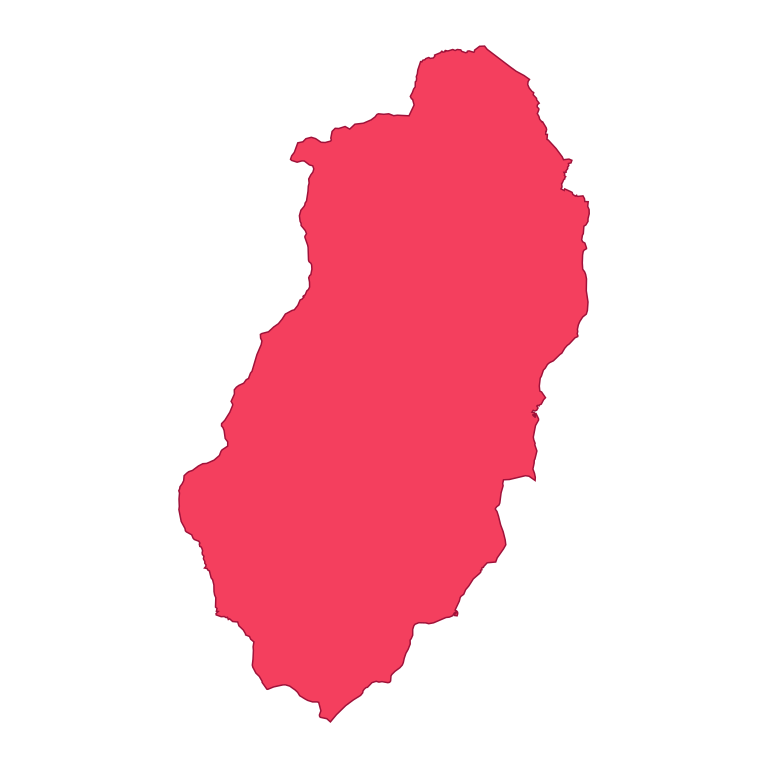 outline of Ieud, Maramures, Romania
{"feature_id": "2599482B19254849512468", "entity_name": "Ieud", "entity_type": "district", "adm_level": 2, "iso_a3": "ROU", "parent_name": "Romania", "parent_adm1": "Maramures", "projection": "orthographic", "projection_center": [24.211, 47.638], "detail": "fine", "context": "isolated", "style": "filled", "palette": "rose", "viewbox_px": 768, "rotation_deg": 0, "n_neighbors": 0, "source": "geoboundaries", "source_scale": "gbopen_adm2", "svg_char_len": 6077}
<svg xmlns="http://www.w3.org/2000/svg" viewBox="0 0 768 768"><path d="M330.4,721.9L336.5,714.6L345.7,705.6L353.5,699.8L360.6,695.4L362.7,692.8L363.0,690.9L364.3,689.1L366.0,687.6L367.5,687.3L372.0,682.6L376.2,681.3L378.9,682.1L382.0,681.6L387.9,682.7L389.6,682.3L390.6,681.0L391.0,675.9L391.9,674.4L395.0,671.3L399.9,667.7L402.3,665.0L403.3,662.6L404.2,658.4L405.9,653.3L408.2,649.2L410.2,644.0L410.1,640.1L411.2,638.7L412.7,635.2L412.7,629.4L413.9,625.6L415.1,624.2L418.8,622.7L425.9,622.9L428.7,623.7L433.6,622.8L446.0,617.5L449.4,617.1L452.7,615.7L454.3,613.0L455.8,612.2L456.2,612.8L454.7,614.3L454.6,615.5L457.1,615.8L457.7,613.8L457.6,612.2L456.6,610.9L455.3,610.5L455.3,609.6L459.3,601.1L460.2,597.5L461.0,596.3L463.7,594.3L465.7,589.6L468.7,586.1L473.3,578.9L479.8,573.2L480.9,571.8L480.6,570.3L481.9,569.8L481.8,568.3L482.3,567.5L483.4,567.4L483.9,566.3L487.2,562.8L495.7,562.0L497.2,557.9L503.5,548.9L505.8,544.8L505.2,539.9L503.2,531.8L500.6,524.8L498.5,516.2L497.0,511.5L495.4,509.3L495.4,508.5L496.7,506.7L498.9,505.1L499.8,503.0L501.1,492.8L503.1,485.8L502.7,483.6L503.5,479.8L509.4,479.5L525.4,475.7L529.0,476.2L535.1,480.5L535.3,477.3L534.5,473.4L532.9,469.0L534.1,463.3L534.3,460.1L534.9,459.2L536.9,451.0L534.8,444.8L535.1,443.3L533.8,439.9L533.3,437.1L535.5,425.6L538.6,420.0L538.5,418.7L536.0,413.5L535.4,413.6L535.4,417.1L535.1,417.2L533.0,415.4L532.9,414.7L533.3,414.5L534.6,415.0L534.8,413.8L534.5,412.8L531.9,412.2L533.2,410.3L534.8,411.0L536.7,410.2L538.0,408.0L536.8,406.1L537.4,405.4L539.1,405.8L539.1,405.1L541.3,404.1L543.6,399.7L545.5,397.7L541.6,392.0L539.8,391.0L539.3,386.0L540.2,378.2L541.4,376.1L543.4,370.1L545.3,368.1L547.4,364.5L549.5,362.7L553.4,360.8L560.0,354.4L561.8,353.2L564.7,348.3L567.2,345.4L569.3,343.9L575.0,337.8L577.7,336.6L577.9,335.9L577.2,333.7L577.7,331.7L577.4,329.3L578.4,324.7L579.9,321.3L582.7,317.0L586.3,314.1L587.4,310.5L588.0,302.0L586.3,290.8L586.5,278.9L585.6,274.3L584.6,271.8L582.7,269.2L582.3,262.9L582.6,255.0L583.2,251.6L584.0,250.2L586.5,248.7L586.5,248.0L584.9,243.1L582.6,241.7L581.7,239.8L582.4,235.3L583.3,233.7L583.9,226.2L585.9,224.9L588.0,221.4L588.0,218.7L589.2,213.8L589.1,209.6L587.7,206.4L588.2,201.7L584.8,201.5L584.5,198.7L583.0,195.9L577.8,196.4L576.9,196.2L576.6,195.3L575.4,196.1L572.9,194.5L572.1,192.4L570.4,191.5L564.7,188.9L564.2,190.5L561.0,188.9L562.0,187.0L561.6,183.5L562.2,183.1L563.8,179.4L564.7,179.0L564.9,177.4L565.7,176.7L564.4,175.4L564.8,173.9L563.9,172.3L566.1,172.2L566.1,170.7L567.7,168.7L567.6,167.1L568.8,165.6L568.4,163.5L571.0,162.9L571.9,160.3L569.0,159.1L563.5,159.7L562.2,156.8L556.1,148.6L548.3,140.1L547.0,139.4L547.4,134.4L545.7,134.4L545.8,131.5L546.2,131.5L546.6,129.5L546.2,127.8L542.6,121.8L542.1,122.1L539.7,119.3L538.9,116.3L537.3,113.7L538.9,109.6L538.8,108.6L537.2,107.0L537.2,105.7L537.6,104.5L539.2,103.2L536.7,100.0L536.5,98.3L533.2,94.8L533.7,92.6L531.9,91.4L529.2,88.0L527.7,84.5L528.1,81.5L529.5,79.4L524.0,75.5L516.2,71.3L509.9,66.7L487.2,49.4L484.6,46.1L479.6,46.3L474.6,50.1L474.4,51.7L473.8,52.3L469.1,50.9L467.4,51.2L467.0,52.4L465.5,52.7L461.6,51.3L460.8,49.9L457.3,49.5L455.1,50.5L452.8,49.5L447.9,51.0L445.3,50.5L445.0,50.8L445.4,51.5L443.0,52.2L441.9,51.2L440.4,52.7L434.6,55.1L434.8,56.3L433.2,58.0L430.2,58.4L428.8,57.5L425.8,58.6L424.9,59.7L422.7,60.3L421.8,61.9L420.6,61.6L417.8,70.0L417.3,74.0L416.3,76.6L416.6,78.7L416.3,80.9L415.3,81.9L415.2,86.9L413.6,89.1L412.4,92.5L410.3,96.4L411.5,98.8L412.6,99.4L414.1,105.0L409.0,115.8L397.3,115.2L393.7,115.7L388.8,113.8L383.8,114.3L378.4,113.8L376.9,114.5L375.1,116.9L371.1,119.9L363.4,123.2L354.9,124.2L349.7,129.1L345.1,126.5L338.7,128.5L335.2,128.3L332.1,131.4L330.8,138.1L331.3,140.0L330.6,141.1L325.2,142.5L321.1,142.3L315.6,138.6L311.3,137.3L305.9,138.7L302.9,141.8L297.8,142.8L294.3,152.4L291.7,155.8L290.5,159.3L291.6,160.4L297.1,162.2L301.9,160.9L304.3,161.0L309.4,164.9L312.7,165.8L313.8,168.9L312.9,172.1L310.8,174.9L308.7,179.0L309.1,183.1L308.3,186.2L308.0,191.3L306.5,201.0L305.1,203.1L304.8,205.0L304.0,206.5L300.9,210.2L299.4,215.7L300.1,221.3L301.1,223.4L301.1,225.5L305.3,230.6L306.5,233.7L304.9,236.3L304.9,237.3L307.7,245.3L308.1,247.4L308.5,260.1L309.0,261.6L310.9,263.3L311.6,264.8L311.9,269.1L310.8,274.7L309.7,275.5L308.7,277.8L309.5,282.0L309.6,287.1L308.4,289.5L306.8,290.9L305.2,294.8L303.3,296.0L303.1,296.5L303.9,297.0L302.0,299.1L300.1,300.0L297.8,305.4L294.3,309.8L291.9,310.5L285.4,314.0L282.0,319.3L278.4,323.7L273.8,326.9L268.5,331.8L261.9,333.5L260.4,334.4L260.6,338.1L261.9,341.0L261.2,344.6L256.9,354.7L252.0,371.3L250.5,373.1L248.5,378.5L246.2,379.7L243.7,383.2L238.9,385.4L236.4,387.2L234.3,389.8L234.4,394.1L231.1,401.4L232.7,404.2L232.6,405.5L229.8,412.3L224.8,420.3L221.6,423.6L221.5,425.9L222.9,427.5L224.1,430.5L225.2,438.5L227.7,441.8L227.7,446.1L222.0,449.9L221.0,451.3L219.4,455.5L214.1,460.1L206.7,463.4L202.8,463.7L198.4,466.0L192.5,470.4L188.7,471.7L186.7,473.2L184.1,475.7L183.7,480.6L182.2,483.7L180.0,486.7L179.6,489.0L178.8,490.7L179.5,493.0L179.0,499.1L179.3,506.5L178.9,509.6L181.2,521.5L185.0,528.5L185.4,530.8L186.4,531.9L191.7,534.8L193.1,538.2L194.3,539.5L198.7,541.2L199.7,542.6L199.8,543.5L199.3,544.0L199.8,546.4L201.2,547.0L202.0,548.7L202.6,550.8L202.1,552.8L202.4,554.5L203.9,556.2L203.4,558.8L204.8,561.4L204.8,563.3L206.0,564.9L205.8,566.5L204.5,568.0L207.0,568.5L208.0,570.2L209.4,570.9L211.1,577.8L212.6,579.7L213.9,585.0L214.0,591.5L214.6,594.9L215.8,597.7L215.5,607.1L217.0,608.4L216.4,611.3L218.2,611.5L216.0,613.7L216.2,614.9L221.2,616.7L224.2,616.5L226.1,617.6L227.5,617.3L228.3,619.5L229.6,618.8L232.6,621.5L237.7,622.0L238.9,625.8L243.3,630.0L245.5,633.8L245.6,634.9L249.5,636.5L250.7,639.2L253.9,641.9L253.1,646.8L253.4,650.4L253.0,659.3L252.3,665.1L252.8,667.2L255.9,673.1L259.3,676.4L262.1,681.3L262.1,682.4L266.9,689.2L267.8,689.3L273.7,686.9L282.9,684.9L285.3,684.8L289.7,686.1L295.3,690.1L297.6,692.3L299.7,695.7L305.1,699.0L307.7,700.4L312.5,701.9L317.1,701.9L318.7,702.4L320.9,710.8L319.4,715.0L319.6,716.3L320.3,717.3L326.8,718.7L330.4,721.9Z" fill="#f43f5e" stroke="#9f1239" stroke-width="1.5"/></svg>